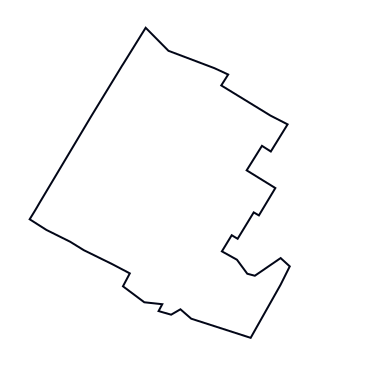 outline of Tioga, New York, United States of America, rotated 121°
{"feature_id": "52423323B79140225975519", "entity_name": "Tioga", "entity_type": "district", "adm_level": 2, "iso_a3": "USA", "parent_name": "United States of America", "parent_adm1": "New York", "projection": "robinson", "projection_center": [-76.287, 42.204], "detail": "fine", "context": "isolated", "style": "outline", "palette": "ink", "viewbox_px": 384, "rotation_deg": 121, "n_neighbors": 0, "source": "geoboundaries", "source_scale": "gbopen_adm2", "svg_char_len": 693}
<svg xmlns="http://www.w3.org/2000/svg" viewBox="0 0 384 384"><g transform="rotate(121 192 192)"><path d="M225.9,68.3L205.4,69.9L203.0,82.0L231.4,95.0L233.6,102.5L226.9,118.6L227.5,135.8L208.6,135.7L208.6,128.8L177.7,128.6L177.6,122.6L145.7,122.6L145.3,156.3L116.4,155.8L116.7,145.3L84.8,144.9L86.1,164.2L85.6,221.8L72.7,221.5L74.3,236.5L83.1,284.9L75.1,316.3L117.0,316.9L120.2,317.0L122.4,317.0L178.0,317.4L181.1,317.4L279.4,317.1L286.5,317.0L290.2,317.0L299.0,317.1L299.5,297.2L297.4,270.9L297.6,254.8L294.9,223.0L293.8,203.4L308.4,202.6L311.1,176.1L303.5,159.7L311.3,159.3L307.9,146.7L298.5,141.5L301.0,127.4L286.8,66.6L225.9,68.3Z" fill="none" stroke="#020617" stroke-width="2"/></g></svg>